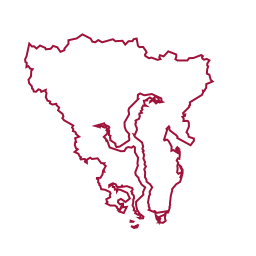 an SVG outline of Yamal-Nenets, rotated 171°
{"feature_id": "RUS-2382", "entity_name": "Yamal-Nenets", "entity_type": "Autonomous Province", "adm_level": 1, "iso_a3": "RUS", "parent_name": "Russia", "parent_adm1": "", "projection": "albers", "projection_center": [74.427, 67.879], "detail": "fine", "context": "isolated", "style": "outline", "palette": "rose", "viewbox_px": 256, "rotation_deg": 171, "n_neighbors": 0, "source": "natural_earth", "source_scale": "10m", "svg_char_len": 5817}
<svg xmlns="http://www.w3.org/2000/svg" viewBox="0 0 256 256"><g transform="rotate(171 128 128)"><path d="M68.9,101.2L80.9,110.4L80.5,111.4L81.3,113.1L86.9,118.9L87.5,120.6L86.9,122.2L87.4,123.2L90.1,121.1L89.6,120.1L94.0,111.3L93.0,110.8L94.8,109.9L91.3,110.4L90.0,109.0L87.8,102.8L88.7,98.7L86.9,99.2L82.3,95.2L81.1,96.2L81.5,98.1L80.6,97.1L80.9,93.9L82.1,89.5L83.6,90.2L85.0,88.2L83.9,85.9L85.3,82.6L85.2,80.6L86.4,76.5L85.4,74.9L82.6,75.8L82.4,73.8L84.5,70.4L83.2,71.7L82.9,70.6L85.1,66.6L89.2,64.9L94.0,60.7L93.9,59.9L96.3,54.4L98.5,46.5L98.3,45.6L99.5,43.4L99.2,42.7L101.6,38.3L103.9,38.3L102.7,39.7L113.2,39.7L115.5,41.3L114.5,41.6L114.8,41.9L116.1,41.3L119.8,43.6L119.2,43.7L119.7,44.6L119.2,45.6L119.8,47.0L119.5,49.0L119.9,51.4L117.7,57.8L116.7,58.8L116.6,61.6L113.4,65.6L115.0,69.0L118.0,72.0L117.9,74.2L119.0,76.9L118.0,81.3L118.4,84.8L116.3,87.2L117.4,89.5L116.5,91.6L117.6,95.4L116.3,98.8L117.1,102.5L116.1,103.0L117.1,105.2L115.9,107.2L116.4,111.5L122.5,118.1L123.2,120.4L122.5,119.9L119.5,124.7L119.3,126.9L120.1,129.4L120.0,131.3L119.2,131.9L119.4,134.2L115.7,135.3L114.4,138.0L114.8,139.3L114.4,140.6L111.9,140.9L113.0,143.6L112.4,142.7L110.8,144.0L111.3,145.4L109.5,147.8L106.4,147.0L107.8,148.4L108.1,152.4L105.2,152.3L105.6,152.9L101.6,154.7L98.9,152.3L101.8,151.0L102.1,150.2L99.1,151.5L96.4,147.9L94.2,149.2L92.8,148.3L89.8,148.4L90.7,149.2L90.5,152.0L99.1,157.8L106.8,157.8L110.7,160.2L113.0,159.3L113.9,155.3L113.3,155.0L123.9,147.3L124.8,145.3L124.7,141.4L130.6,134.0L131.1,129.7L130.4,125.9L127.7,121.7L128.6,119.5L128.3,117.5L128.7,115.7L139.2,110.9L142.4,111.0L143.1,112.9L142.9,114.6L147.4,118.8L147.0,120.0L147.4,121.3L146.5,123.0L147.9,124.0L147.0,128.5L147.8,129.8L146.4,131.3L146.7,132.4L150.6,135.0L150.8,136.3L160.1,135.2L158.3,134.4L158.7,133.8L156.7,134.9L156.0,134.4L156.9,133.8L155.7,133.1L155.5,134.3L151.9,133.7L152.4,132.9L151.1,132.1L149.2,132.6L149.0,129.8L149.7,129.1L148.9,128.3L149.2,125.8L153.3,123.0L151.7,120.8L151.4,118.6L150.5,118.8L149.2,111.7L138.7,106.2L135.3,105.8L132.7,108.7L130.6,109.1L127.6,108.0L125.4,109.1L124.2,107.8L125.0,103.0L122.7,97.1L124.3,91.1L124.0,89.6L127.7,83.2L127.7,80.5L125.4,77.1L125.3,75.0L123.3,69.9L120.3,66.7L123.1,62.5L123.3,59.7L131.5,54.0L132.1,50.3L131.8,45.8L130.1,41.9L131.6,40.6L134.2,42.8L133.3,44.2L135.2,45.9L134.5,47.5L135.6,50.9L134.4,53.7L134.0,56.7L133.0,57.5L132.9,60.5L134.4,62.5L133.9,63.4L134.7,64.7L133.0,66.3L133.2,67.9L138.1,70.7L142.7,70.8L142.9,72.9L143.3,70.9L147.9,71.4L149.0,74.4L151.8,75.7L155.5,74.6L155.7,73.1L152.0,75.3L152.3,72.1L150.6,71.9L150.6,69.2L148.6,69.3L148.8,67.2L147.3,69.0L145.7,68.1L146.1,68.7L138.9,64.1L137.2,58.1L142.0,55.3L146.1,59.1L149.0,58.1L149.5,56.2L148.1,54.0L144.7,54.1L145.1,52.1L146.2,52.6L148.5,49.0L150.6,48.9L150.3,49.5L151.6,51.1L151.4,52.0L153.2,53.5L157.6,54.2L161.4,56.9L159.8,58.1L160.4,59.0L160.5,61.1L156.4,62.4L156.5,64.5L155.4,66.0L156.0,67.7L160.5,70.7L164.0,71.7L164.5,75.3L165.3,76.2L164.9,77.7L166.0,78.8L165.4,81.7L166.7,82.7L166.5,83.5L163.0,83.1L160.4,86.2L159.4,89.3L158.3,88.7L158.6,90.5L155.9,93.8L157.6,96.2L156.9,96.9L160.0,97.5L162.8,102.8L168.4,103.0L170.0,104.6L173.7,103.1L174.1,99.9L175.8,101.4L175.0,103.3L175.6,104.2L179.6,104.4L179.9,105.4L179.0,106.5L180.2,107.5L181.0,110.3L184.5,112.7L181.0,114.8L182.6,116.2L183.2,119.6L182.4,122.1L181.5,122.1L181.8,126.2L177.6,127.1L180.5,130.4L180.3,131.7L180.8,132.5L182.9,133.6L182.2,135.7L183.2,137.2L181.7,139.0L190.0,145.7L191.3,148.1L190.0,149.4L190.4,152.1L194.3,156.4L192.8,159.0L194.9,161.5L195.1,163.1L198.9,163.0L201.3,164.6L200.7,166.3L203.2,167.6L204.4,171.3L203.0,175.1L203.8,176.8L203.3,178.5L208.0,177.3L208.5,179.2L210.4,180.2L213.1,178.2L215.4,178.8L215.6,181.1L216.6,182.0L216.5,184.4L218.6,187.6L218.7,191.3L215.8,194.1L214.6,199.5L213.0,201.0L215.3,201.9L216.8,204.7L218.8,204.1L217.8,208.1L219.0,209.3L218.9,211.9L217.0,214.7L212.3,226.8L210.1,223.5L208.3,223.5L205.9,220.8L202.0,223.2L197.2,220.1L196.9,218.6L192.0,218.3L189.1,220.8L185.2,218.8L182.8,213.8L178.6,214.8L178.4,216.3L173.6,220.5L173.1,224.0L164.6,224.5L158.4,227.6L150.9,222.1L149.7,218.8L146.9,217.8L143.7,219.5L140.1,216.7L129.0,218.0L126.9,215.7L119.8,215.0L117.7,210.8L114.0,213.6L110.0,213.1L108.6,214.8L105.5,215.0L105.3,207.7L104.1,206.1L100.4,205.7L98.4,201.6L97.8,199.8L99.7,197.9L99.7,196.5L96.3,193.6L93.9,193.9L88.1,190.7L85.2,191.0L86.0,193.0L85.0,194.9L81.6,193.2L76.2,197.4L68.9,193.1L69.0,191.3L70.4,188.5L68.6,187.0L58.8,185.4L56.8,187.4L52.4,186.9L44.2,188.6L42.9,187.3L43.8,186.6L43.7,185.0L42.2,183.6L39.5,183.9L37.0,182.1L39.6,179.2L40.0,177.4L39.2,176.3L40.6,173.6L41.6,169.4L39.3,167.9L38.8,162.7L37.2,160.7L43.8,159.1L44.5,155.6L46.8,152.8L48.2,153.2L48.1,151.6L49.8,149.1L62.9,143.7L63.1,141.0L64.1,140.6L64.1,139.3L71.3,134.1L71.0,132.4L69.4,132.4L70.0,130.9L72.5,130.5L71.5,128.4L72.2,126.2L67.9,125.7L67.1,123.9L67.6,119.9L70.9,114.6L69.6,112.4L69.4,109.8L64.6,107.3L64.9,105.1L68.9,101.2ZM114.0,34.1L114.2,37.6L112.4,34.9L104.4,37.0L105.7,33.5L105.3,30.5L108.1,28.9L111.9,29.8L111.3,30.0L111.1,32.4L110.5,33.3L112.0,33.6L112.9,31.8L114.0,34.1ZM145.5,44.7L149.9,47.0L146.7,50.5L141.6,50.3L145.5,44.7ZM97.7,153.7L95.7,154.9L93.5,152.7L92.9,149.5L90.9,148.8L97.3,150.9L97.0,152.4L97.7,153.7ZM127.2,36.5L130.6,36.8L131.2,37.4L129.8,37.1L129.6,41.1L126.6,38.0L127.2,36.5ZM136.8,28.4L136.0,30.0L133.9,30.4L134.1,29.5L132.9,31.2L134.5,28.5L136.8,28.4ZM83.9,97.7L83.2,100.1L81.8,99.2L83.1,97.7L83.9,97.7ZM140.2,35.0L139.9,36.0L137.3,34.7L137.5,34.5L140.2,35.0ZM81.4,79.8L80.6,78.1L81.2,75.1L81.4,75.8L81.4,79.8ZM112.0,30.6L112.4,32.2L111.3,32.8L112.0,30.6ZM137.7,28.4L140.4,30.6L136.8,29.0L137.7,28.4ZM81.2,99.8L83.5,100.1L82.3,101.3L81.2,99.8ZM82.6,71.6L81.7,74.7L81.3,74.6L82.6,71.6ZM82.0,80.0L82.8,82.9L82.3,82.4L81.4,81.1L82.0,80.0Z" fill="none" stroke="#9f1239" stroke-width="2"/></g></svg>